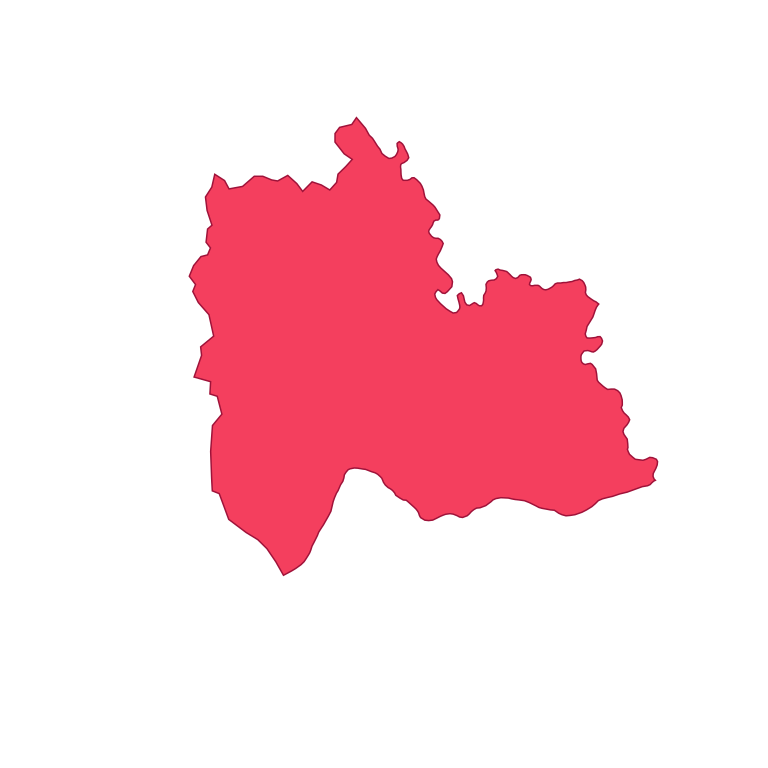 outline of Verkhnyadzvinsk, Vitebsk, Belarus, rotated 312°
{"feature_id": "67162791B82603429459213", "entity_name": "Verkhnyadzvinsk", "entity_type": "district", "adm_level": 2, "iso_a3": "BLR", "parent_name": "Belarus", "parent_adm1": "Vitebsk", "projection": "mercator", "projection_center": [28.26, 55.859], "detail": "fine", "context": "isolated", "style": "filled", "palette": "rose", "viewbox_px": 768, "rotation_deg": 312, "n_neighbors": 0, "source": "geoboundaries", "source_scale": "gbopen_adm2", "svg_char_len": 5763}
<svg xmlns="http://www.w3.org/2000/svg" viewBox="0 0 768 768"><g transform="rotate(312 384 384)"><path d="M494.0,650.1L494.1,648.3L495.4,645.7L497.6,644.0L500.1,643.3L503.2,642.5L506.6,641.2L509.4,639.2L510.3,636.8L509.0,633.0L507.3,630.6L503.4,629.1L500.6,627.5L498.4,624.3L496.2,621.1L496.0,617.6L496.0,613.5L497.3,610.4L498.4,608.5L499.9,607.9L502.7,605.1L505.8,601.6L506.4,599.0L507.1,596.0L508.6,593.4L511.6,591.9L514.0,591.9L516.2,591.9L519.2,591.4L521.8,590.5L522.9,587.7L523.1,584.7L523.1,581.9L523.7,579.3L525.2,576.1L527.8,575.2L530.0,573.2L531.7,571.5L533.9,568.1L535.2,565.3L535.4,562.2L534.5,558.8L532.2,556.2L529.6,553.8L529.1,550.8L528.9,548.0L528.9,544.7L528.9,542.3L529.5,539.9L531.4,537.8L533.9,535.1L535.1,533.5L536.9,531.1L537.2,529.2L537.8,525.6L537.5,523.6L535.0,521.7L533.2,520.6L532.4,518.8L532.4,516.6L533.3,514.8L534.9,513.1L536.4,511.8L537.9,511.0L540.2,510.7L542.5,510.6L545.2,513.0L546.0,514.4L547.0,516.9L547.9,518.2L549.7,518.9L552.1,519.3L554.3,519.3L557.2,519.3L559.3,519.1L562.2,517.6L563.5,515.1L563.8,512.9L562.2,511.2L560.1,510.1L557.6,507.9L555.6,506.0L554.1,504.1L554.5,502.2L555.9,500.0L559.5,498.2L562.6,496.4L567.0,495.6L573.5,494.4L576.4,493.2L580.1,491.6L583.3,490.5L586.4,490.1L587.1,490.1L586.9,486.5L586.2,484.2L585.8,481.5L585.3,477.0L585.6,474.6L586.7,472.5L589.0,471.0L591.0,469.0L591.9,467.3L593.1,464.5L593.4,462.1L592.7,459.1L590.8,458.2L588.6,456.5L586.0,455.2L583.6,453.2L581.3,451.5L579.5,449.5L577.1,447.6L575.2,445.4L573.1,444.2L570.2,444.2L568.1,443.9L564.3,442.6L562.2,441.2L561.2,439.7L560.7,437.8L560.7,435.9L560.8,434.0L560.4,432.5L558.2,430.0L556.4,428.7L555.3,427.3L555.2,425.6L556.6,424.7L558.2,424.3L559.9,423.6L560.9,422.3L561.3,421.3L561.0,419.8L560.4,417.5L559.7,415.9L558.8,414.8L557.2,413.1L555.7,412.2L554.6,412.2L552.6,412.2L550.4,411.1L549.5,408.8L549.4,406.9L549.6,404.5L549.7,401.9L549.7,400.0L549.0,398.5L547.8,396.2L546.4,394.1L545.7,391.9L543.8,390.7L542.6,390.7L542.0,392.9L541.0,394.9L540.1,396.5L537.5,397.0L535.0,396.3L532.8,394.2L530.8,392.8L529.0,392.5L526.3,393.1L523.9,395.7L521.4,397.6L519.1,398.4L516.6,398.8L514.5,400.4L513.1,401.8L511.2,403.1L509.4,404.1L507.4,404.2L505.9,402.5L505.6,400.5L505.6,398.8L504.9,396.7L503.3,396.1L501.4,395.6L499.5,395.0L498.2,392.5L498.9,389.4L500.4,387.2L502.7,384.0L503.6,380.5L501.4,379.5L498.8,379.3L496.9,381.9L494.9,385.1L493.2,387.5L491.9,389.0L490.2,389.9L487.8,390.1L485.7,390.1L483.0,387.9L482.2,384.4L481.5,379.9L481.5,376.7L481.5,372.1L482.0,366.7L482.8,364.3L484.8,361.5L487.4,360.9L490.2,360.9L490.6,363.3L490.6,366.5L492.1,368.7L495.0,369.3L497.8,369.3L501.7,369.3L505.8,366.5L507.5,363.7L508.2,358.7L508.2,351.3L508.2,348.7L508.6,345.1L509.9,341.8L511.8,339.2L514.4,338.2L517.0,337.5L520.7,336.7L524.8,335.3L528.0,334.0L528.9,331.7L529.1,329.3L528.5,326.7L527.0,325.1L525.9,323.1L525.6,320.5L526.3,316.7L527.3,315.1L528.5,314.5L530.8,314.1L532.5,314.0L534.9,313.5L536.4,312.8L538.4,312.1L540.5,312.8L541.4,313.9L542.6,314.6L544.1,314.4L547.0,312.4L548.5,307.1L549.5,303.6L549.8,301.0L549.7,295.5L549.5,291.4L550.5,288.9L552.9,285.6L554.6,283.4L556.4,279.8L557.4,276.7L557.7,271.6L557.4,268.3L555.9,266.8L553.4,266.4L551.0,265.1L548.2,262.0L548.6,259.6L550.9,256.7L552.7,254.9L554.7,253.0L556.4,251.0L558.3,249.6L559.6,249.6L561.9,250.7L565.6,251.5L568.7,251.0L570.7,247.8L571.8,245.0L572.8,242.2L574.0,239.9L574.7,237.3L574.7,235.3L574.3,233.2L572.3,232.8L571.5,232.8L569.5,234.8L568.4,236.7L567.5,237.8L565.8,238.8L562.9,239.7L560.4,239.9L557.0,238.6L554.9,236.7L554.1,232.4L553.9,228.2L555.8,223.8L556.4,220.0L557.9,214.8L558.9,211.0L559.0,206.6L560.7,201.7L561.6,199.2L563.5,185.3L555.3,186.4L545.0,179.3L537.4,180.0L531.0,185.7L528.4,200.4L529.7,210.1L520.1,210.1L509.2,209.4L502.1,213.9L491.9,213.9L490.0,204.3L486.1,195.3L472.7,194.7L474.6,185.1L474.6,172.9L463.7,169.1L460.5,164.0L457.3,155.0L451.6,148.6L436.2,146.7L425.3,138.3L428.5,129.4L426.6,117.9L415.1,124.3L403.5,126.2L394.6,136.4L386.9,149.9L381.1,149.2L370.3,156.9L369.0,164.0L361.9,166.5L356.2,162.7L344.6,163.3L333.8,167.2L331.8,177.4L324.8,180.0L320.3,191.5L318.4,207.5L305.6,225.4L288.9,222.9L283.2,229.3L262.1,238.2L269.7,253.6L260.1,261.3L263.3,268.3L253.1,283.7L238.4,284.3L217.9,300.3L198.7,318.9L189.7,327.9L192.3,334.9L185.9,347.1L179.5,359.2L181.4,381.0L183.9,394.4L183.3,407.2L179.5,422.6L174.6,437.3L183.2,440.4L187.8,441.8L194.1,443.2L198.5,443.5L202.0,443.0L206.6,442.2L208.9,441.7L211.6,440.7L215.3,439.0L221.1,437.5L226.8,435.9L230.2,434.6L234.3,433.9L238.9,433.2L248.9,431.0L253.9,429.7L262.6,424.9L266.4,423.3L271.1,421.7L274.0,421.2L279.9,419.2L284.2,418.5L287.4,417.0L290.0,415.3L293.0,414.8L296.3,414.7L298.2,415.5L301.7,418.1L303.8,420.7L306.6,425.1L308.2,427.4L309.3,430.2L310.5,433.4L312.1,436.9L312.7,439.7L312.7,443.3L312.5,445.4L311.6,447.4L310.6,449.4L309.8,452.6L309.8,456.4L310.4,458.9L310.6,461.6L310.2,464.7L309.2,467.2L309.9,472.3L310.7,475.9L312.5,478.3L312.6,480.8L312.6,483.3L312.6,485.3L312.6,488.6L312.5,491.4L312.1,493.7L311.5,495.7L309.9,498.5L309.2,500.6L310.1,505.4L312.4,508.6L315.5,511.3L318.9,512.7L323.3,514.4L326.1,515.7L328.5,517.0L331.8,519.8L333.6,522.5L335.1,526.5L335.7,529.1L337.4,531.7L341.8,534.0L344.4,534.3L347.7,534.3L350.8,534.8L353.7,535.8L356.3,538.2L361.7,541.0L368.1,542.3L370.7,542.5L373.7,543.8L377.7,546.9L380.0,549.7L382.6,552.9L384.0,555.6L385.9,558.7L388.0,561.6L391.3,566.5L393.1,571.3L395.1,578.4L395.9,581.7L397.4,584.7L400.0,588.9L401.8,591.9L404.2,595.1L404.9,600.4L406.0,603.8L407.8,607.4L410.8,610.2L414.7,613.4L421.1,616.9L425.8,618.7L431.9,620.5L436.4,621.1L440.8,621.3L444.9,623.2L449.0,625.9L453.4,629.0L460.0,632.7L466.4,637.1L473.2,640.7L480.5,644.6L484.8,648.0L487.4,649.1L489.5,649.1L492.3,649.4L494.0,650.1Z" fill="#f43f5e" stroke="#9f1239" stroke-width="1.5"/></g></svg>